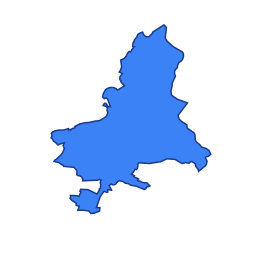 the district of Carlow Lea-7, Carlow, Ireland, rotated 148°
{"feature_id": "5873133B49983124461260", "entity_name": "Carlow Lea-7", "entity_type": "district", "adm_level": 2, "iso_a3": "IRL", "parent_name": "Ireland", "parent_adm1": "Carlow", "projection": "equal_earth", "projection_center": [-6.883, 52.832], "detail": "fine", "context": "isolated", "style": "filled", "palette": "blue", "viewbox_px": 256, "rotation_deg": 148, "n_neighbors": 0, "source": "geoboundaries", "source_scale": "gbopen_adm2", "svg_char_len": 2844}
<svg xmlns="http://www.w3.org/2000/svg" viewBox="0 0 256 256"><g transform="rotate(148 128 128)"><path d="M43.1,159.2L41.5,161.9L41.6,163.7L46.5,172.9L48.8,180.8L48.8,183.8L48.2,185.4L42.2,192.7L42.8,196.4L55.6,196.3L56.5,196.1L56.8,195.4L62.1,194.3L64.2,195.8L64.9,197.1L65.3,199.1L64.8,201.6L67.6,202.2L70.3,202.1L72.5,200.4L76.2,199.2L77.4,197.7L77.7,198.0L78.7,197.4L80.8,194.9L80.8,193.8L80.0,193.5L83.2,192.5L85.6,191.0L86.3,192.3L87.3,192.2L89.5,191.2L91.4,189.9L94.5,189.0L98.2,189.5L100.8,183.5L103.7,180.9L105.8,180.2L104.0,177.2L107.9,175.6L109.3,173.3L109.0,172.3L109.6,170.4L108.5,165.6L116.9,165.7L117.1,167.5L118.8,169.9L121.5,171.8L122.7,172.1L125.3,172.6L127.1,172.3L130.9,170.1L133.0,167.8L132.6,165.4L130.8,165.2L129.9,163.4L131.7,155.3L133.3,156.3L133.8,160.8L135.1,161.4L137.2,160.2L134.8,157.5L135.0,155.7L136.4,154.2L137.0,151.6L140.4,149.3L146.3,149.2L148.9,149.6L152.0,151.2L158.7,153.6L161.2,155.1L166.7,157.0L172.2,157.5L172.1,156.8L173.3,156.3L175.4,157.1L177.7,156.7L177.9,157.6L179.5,157.7L178.9,159.1L183.7,160.4L188.4,163.2L192.1,164.5L193.0,164.1L193.5,164.6L195.8,164.1L196.5,161.8L198.5,160.4L197.8,159.3L198.2,156.6L197.0,153.7L196.4,150.6L195.1,150.7L189.9,149.2L192.3,147.5L192.9,144.4L196.1,141.9L199.2,140.7L205.8,139.4L207.3,139.6L208.5,138.8L205.2,135.6L203.5,131.8L202.7,131.2L202.9,129.6L194.6,123.2L193.9,118.8L196.2,115.4L195.8,114.3L194.1,112.8L193.2,110.9L193.4,108.6L194.4,107.2L181.6,99.9L179.7,99.5L178.2,98.0L179.7,97.2L180.9,95.7L181.1,94.4L183.4,91.5L184.7,91.4L185.2,90.5L189.3,88.4L194.5,96.9L200.7,101.1L202.3,99.9L201.8,99.0L202.1,98.6L205.8,95.9L207.2,97.7L212.4,101.2L212.4,100.7L214.5,99.1L214.0,96.4L211.8,91.6L212.9,89.9L210.9,87.4L214.2,84.8L209.7,82.2L205.1,78.2L204.8,75.1L201.6,73.6L196.1,72.6L194.0,75.4L197.1,77.1L187.7,84.7L181.9,87.0L180.1,84.7L179.1,84.4L177.9,86.4L175.9,85.0L175.3,84.0L174.7,84.0L174.6,89.1L171.9,89.4L171.1,87.9L169.4,87.0L167.9,87.0L165.0,88.2L163.0,87.7L160.5,85.1L159.6,82.7L157.3,80.7L155.8,77.8L151.7,74.2L146.8,67.2L145.0,67.0L143.9,68.0L140.2,67.2L139.9,67.7L140.6,68.9L140.8,71.2L144.4,74.0L146.2,76.9L147.2,77.1L147.7,78.7L146.0,79.1L148.9,83.7L147.8,84.2L149.6,87.1L147.8,87.4L143.7,89.2L142.8,88.3L141.4,88.9L140.2,89.9L138.7,92.4L137.3,92.8L128.8,86.6L118.4,82.2L111.1,81.1L104.8,76.5L101.0,69.2L97.6,68.2L94.9,65.8L93.3,66.2L91.8,66.0L89.9,62.2L90.9,59.4L90.4,55.8L91.1,53.8L82.6,54.9L81.0,55.5L78.5,57.9L78.2,61.5L77.6,62.0L76.6,62.1L74.9,61.4L71.7,61.9L71.2,65.9L72.7,69.4L75.6,72.7L76.1,76.2L77.5,80.4L77.4,82.0L74.9,86.5L74.6,88.9L77.9,96.8L76.4,99.4L79.0,105.0L79.9,108.2L78.9,112.2L64.3,117.7L70.8,126.2L73.7,132.6L71.9,136.7L68.4,140.2L66.5,142.8L60.3,146.8L59.6,149.7L58.3,151.5L57.2,152.2L54.2,153.1L53.0,154.6L50.7,156.2L49.7,156.6L47.0,156.7L44.8,157.7L43.1,159.2Z" fill="#3b82f6" stroke="#1e3a8a" stroke-width="1.5"/></g></svg>